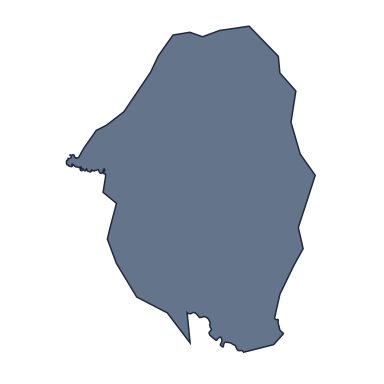 the district of Orxontuul, Selenge, Mongolia, rotated 267°
{"feature_id": "93677404B15519148095195", "entity_name": "Orxontuul", "entity_type": "district", "adm_level": 2, "iso_a3": "MNG", "parent_name": "Mongolia", "parent_adm1": "Selenge", "projection": "robinson", "projection_center": [104.906, 48.824], "detail": "fine", "context": "isolated", "style": "filled", "palette": "slate", "viewbox_px": 384, "rotation_deg": 267, "n_neighbors": 0, "source": "geoboundaries", "source_scale": "gbopen_adm2", "svg_char_len": 4166}
<svg xmlns="http://www.w3.org/2000/svg" viewBox="0 0 384 384"><g transform="rotate(267 192 192)"><path d="M41.4,182.2L71.8,180.8L71.3,181.2L70.8,182.1L70.6,182.8L70.6,183.4L70.5,183.9L70.6,184.6L71.0,185.5L71.5,186.4L71.6,187.0L71.6,187.4L71.3,188.1L71.1,188.9L70.4,189.4L70.1,190.0L69.0,190.9L67.1,192.3L66.4,192.7L66.2,193.5L66.3,195.0L66.9,197.1L66.9,197.9L66.7,198.7L66.0,199.9L64.7,201.4L63.3,202.2L60.4,203.3L59.8,203.3L59.2,202.9L58.6,202.7L58.2,202.7L57.4,202.9L56.4,203.0L55.8,203.2L54.5,204.1L53.9,204.2L53.3,204.0L52.4,203.0L50.6,201.6L50.0,201.7L48.7,202.1L48.2,202.3L47.5,202.9L46.6,203.9L45.1,205.3L44.0,206.7L42.6,208.2L42.6,208.6L43.0,209.2L44.3,210.2L45.0,211.1L45.7,212.5L45.5,213.2L44.3,213.7L42.7,214.1L41.6,214.0L39.9,213.5L38.5,212.4L38.1,212.3L37.6,212.4L37.3,212.6L36.1,213.7L35.7,214.6L35.7,215.0L36.1,215.2L37.2,215.5L38.6,215.8L39.5,216.4L40.2,216.9L40.4,217.3L40.2,218.2L39.5,222.0L38.9,223.2L37.0,226.1L36.6,227.0L36.1,227.4L34.2,228.0L32.1,228.9L31.1,230.0L31.1,233.3L30.2,234.5L29.3,235.2L35.3,265.5L45.6,275.8L46.0,275.7L46.3,275.6L46.6,275.4L47.1,274.8L47.7,274.2L48.1,273.8L48.5,273.4L48.8,273.1L49.1,272.8L49.6,272.6L50.2,272.3L50.9,272.2L51.6,272.1L52.2,272.1L52.7,272.1L53.3,271.9L53.6,271.8L53.8,271.7L54.8,271.5L55.9,271.3L56.7,271.2L57.4,271.1L58.3,271.2L58.8,271.3L59.2,271.4L59.5,271.4L60.0,271.3L60.2,271.1L60.2,270.9L60.3,270.5L60.2,270.2L60.0,269.9L60.0,269.6L60.1,269.3L60.3,269.0L60.5,268.7L60.9,268.4L61.4,268.1L61.7,267.9L62.0,267.9L85.5,274.5L113.2,289.8L129.6,300.0L151.0,296.3L180.3,307.6L202.2,315.9L224.3,302.0L256.5,294.5L287.4,301.0L306.2,286.0L323.0,285.3L354.6,257.7L351.9,228.2L346.5,210.6L351.6,198.2L349.8,181.3L329.9,165.6L313.8,156.9L275.8,128.3L263.1,110.0L258.6,99.7L241.0,86.0L232.3,80.5L231.9,77.7L232.3,77.6L232.4,77.2L232.8,76.9L233.1,76.6L233.6,76.5L234.2,76.5L234.6,76.4L235.1,76.1L235.3,75.8L235.5,75.3L235.3,74.8L235.1,74.4L235.0,73.9L235.0,73.4L235.1,73.2L235.3,72.7L235.4,72.2L235.2,72.0L234.9,72.1L234.7,72.4L234.6,72.8L234.3,73.1L234.2,73.2L233.9,73.4L233.6,73.5L233.4,73.5L233.0,73.2L232.6,72.7L231.9,71.6L231.7,71.2L231.8,70.7L232.0,70.3L232.1,70.1L231.9,70.0L231.4,69.8L231.2,69.9L231.0,70.0L230.8,69.9L230.6,69.8L230.4,69.5L230.2,69.0L230.0,68.7L229.7,68.4L229.2,68.3L228.5,68.2L228.2,68.1L227.9,68.1L227.5,68.1L227.1,68.3L226.4,68.4L226.0,68.5L225.8,68.6L225.6,68.7L225.6,69.0L225.6,69.5L225.2,69.8L224.9,70.0L224.5,70.3L224.3,70.6L224.1,71.3L223.9,71.7L223.7,72.5L223.6,73.1L223.6,73.4L223.8,73.6L224.0,73.7L224.2,73.9L224.5,74.0L224.7,73.9L225.0,73.8L225.2,73.6L225.4,73.4L225.6,73.3L225.8,73.3L226.0,73.6L226.0,73.8L226.0,74.0L225.9,74.5L225.7,74.9L225.2,75.4L224.5,75.6L224.1,75.9L223.9,76.3L223.6,76.8L223.3,77.1L223.1,77.4L223.1,77.9L223.0,78.6L222.7,79.4L222.4,79.9L222.3,80.4L222.2,80.9L222.3,81.1L222.5,81.3L222.8,81.6L222.9,82.1L222.8,82.5L222.5,82.7L222.2,82.8L221.9,82.8L221.7,82.7L221.5,82.4L221.2,81.9L220.9,81.6L220.4,81.5L220.0,81.6L219.6,81.8L219.3,82.2L219.1,82.6L219.0,83.0L219.1,83.3L219.3,83.5L219.6,83.7L219.9,83.7L220.3,83.6L220.6,83.6L220.8,83.7L220.9,84.0L220.7,84.3L220.5,84.6L219.9,84.9L219.4,85.2L219.0,85.6L218.8,85.8L218.7,86.1L218.8,86.5L219.0,86.9L219.5,87.3L220.0,87.4L220.5,87.6L220.8,87.7L220.8,87.9L220.7,88.0L220.2,88.1L219.6,88.2L219.0,88.4L218.6,88.7L218.2,89.1L217.9,89.9L217.6,90.9L217.3,91.4L217.3,91.7L217.4,92.0L217.8,92.3L218.4,92.6L219.0,92.8L219.3,92.9L219.5,93.1L219.4,93.3L218.8,93.6L218.4,93.9L218.3,94.2L218.3,94.6L218.4,94.8L218.4,95.2L218.3,95.5L218.2,95.8L218.3,96.0L218.5,96.1L218.6,96.3L218.6,96.9L218.7,97.7L218.9,98.2L219.1,98.8L219.2,99.1L219.2,99.4L219.2,99.6L218.9,99.7L218.1,100.0L216.6,100.7L215.8,101.2L215.5,101.7L215.4,102.1L215.5,102.6L215.7,102.9L215.9,103.3L216.4,103.7L217.0,103.9L217.5,104.2L218.3,104.6L218.9,104.8L219.5,105.1L219.8,105.5L219.6,105.7L219.1,105.9L218.7,106.0L218.2,106.0L217.7,105.8L217.3,105.5L217.1,105.2L216.6,104.9L216.0,104.7L215.2,104.6L214.9,104.9L214.7,105.3L214.9,106.0L214.8,106.3L214.5,106.5L213.9,106.6L213.1,106.6L211.9,106.5L196.3,103.2L184.6,116.0L163.5,109.2L149.5,105.0L124.6,112.8L90.0,131.3L72.6,161.0L41.4,182.2Z" fill="#64748b" stroke="#1e293b" stroke-width="1.5"/></g></svg>